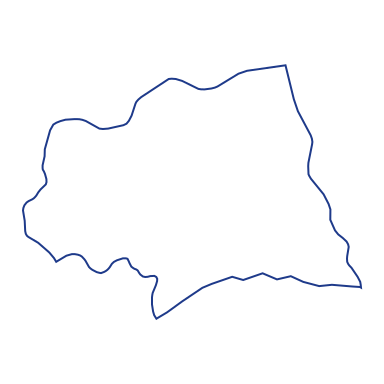 outline of Canelones
{"feature_id": "URY-17", "entity_name": "Canelones", "entity_type": "Department", "adm_level": 1, "iso_a3": "URY", "parent_name": "Uruguay", "parent_adm1": "", "projection": "mercator", "projection_center": [-56.01, -34.547], "detail": "fine", "context": "isolated", "style": "outline", "palette": "blue", "viewbox_px": 384, "rotation_deg": 0, "n_neighbors": 0, "source": "natural_earth", "source_scale": "10m", "svg_char_len": 1978}
<svg xmlns="http://www.w3.org/2000/svg" viewBox="0 0 384 384"><path d="M361.0,287.6L360.0,287.0L352.3,286.5L331.9,284.8L319.2,286.1L303.3,281.9L290.8,276.2L277.0,279.4L262.6,273.3L243.2,280.0L232.2,276.8L211.7,283.9L202.4,287.8L182.3,301.3L167.0,312.4L156.4,318.7L154.2,315.2L153.1,311.5L152.0,304.5L152.0,297.3L152.3,294.9L152.7,292.9L155.9,285.2L157.1,281.1L157.2,278.8L156.3,277.0L154.4,275.9L150.3,276.1L147.7,276.8L145.2,277.0L142.9,276.5L140.3,274.5L139.0,272.7L138.1,271.1L137.5,270.3L136.1,269.4L134.4,268.8L132.7,267.7L131.3,266.6L129.5,263.1L128.8,261.4L127.5,258.8L125.8,258.3L123.0,258.3L116.9,260.3L113.9,261.9L111.9,263.8L109.8,267.1L108.6,268.6L107.3,269.9L105.8,271.0L104.2,271.9L101.0,273.1L99.3,272.8L96.7,272.1L92.3,269.8L90.4,268.4L89.0,267.0L85.5,260.8L84.4,259.3L81.9,256.6L80.2,255.5L77.9,254.7L74.6,254.1L72.0,254.1L66.4,255.7L56.2,261.8L54.0,258.1L49.3,252.5L38.2,242.8L28.3,236.9L26.9,235.7L25.8,233.8L25.2,231.1L24.7,220.8L23.0,210.4L23.4,207.9L24.4,205.3L26.6,202.5L28.6,201.1L32.3,199.3L33.8,198.3L35.1,197.0L36.3,195.6L38.3,192.3L40.6,189.4L45.8,184.4L46.5,182.1L46.4,179.1L45.0,174.0L43.9,171.4L42.8,169.6L42.6,168.0L42.6,165.3L44.6,156.3L44.8,149.3L50.1,130.3L53.3,124.6L56.4,122.7L60.4,121.1L65.5,119.7L74.7,119.1L79.2,119.2L82.3,119.8L85.8,121.0L99.4,128.6L102.9,129.0L108.1,128.6L123.4,125.2L126.5,123.7L128.9,120.8L131.6,115.6L135.5,103.6L136.4,101.8L138.3,99.6L141.2,97.1L168.7,79.0L171.6,78.7L175.8,79.0L182.1,80.9L198.4,88.9L200.9,89.3L204.5,89.4L211.4,88.5L214.9,87.6L217.5,86.5L238.5,73.7L247.0,70.8L285.5,65.3L293.8,99.1L297.9,111.2L310.7,135.3L311.9,138.7L312.4,141.9L312.1,144.3L308.4,162.8L308.2,166.1L308.5,174.2L309.2,175.8L310.9,178.7L323.6,194.3L328.6,204.0L330.4,209.4L330.3,219.8L335.0,230.4L338.2,234.4L342.8,238.0L346.6,241.6L348.1,244.3L348.7,246.9L347.2,256.1L347.0,258.6L347.2,261.8L348.1,263.8L349.2,265.4L351.5,267.8L357.6,276.8L360.2,281.8L360.7,284.7L361.0,287.6Z" fill="none" stroke="#1e3a8a" stroke-width="2"/></svg>